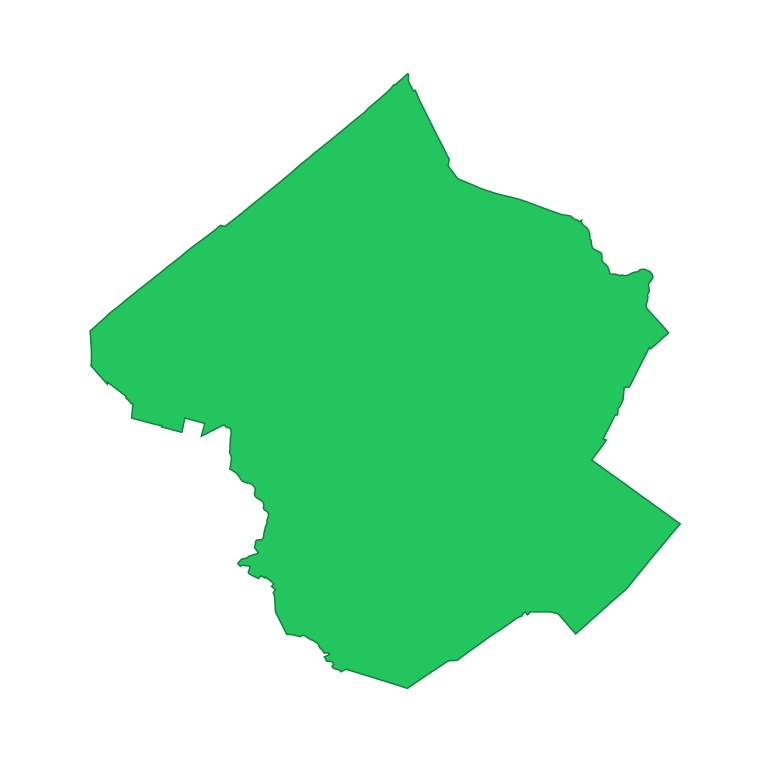 Phung Hiep, Hau Giang, Vietnam, rotated 173°
{"feature_id": "81297802B32262425524101", "entity_name": "Phung Hiep", "entity_type": "district", "adm_level": 2, "iso_a3": "VNM", "parent_name": "Vietnam", "parent_adm1": "Hau Giang", "projection": "orthographic", "projection_center": [105.705, 9.788], "detail": "fine", "context": "isolated", "style": "filled", "palette": "green", "viewbox_px": 768, "rotation_deg": 173, "n_neighbors": 0, "source": "geoboundaries", "source_scale": "gbopen_adm2", "svg_char_len": 6158}
<svg xmlns="http://www.w3.org/2000/svg" viewBox="0 0 768 768"><g transform="rotate(173 384 384)"><path d="M467.6,107.4L463.9,105.9L462.6,104.8L461.7,103.5L456.7,105.6L434.7,95.8L423.5,90.7L417.2,88.0L413.8,86.3L408.1,83.8L397.8,79.0L395.3,80.4L377.3,89.7L375.1,90.7L367.6,94.6L358.0,99.3L355.4,100.7L353.0,101.3L352.1,101.4L347.9,100.9L345.7,100.8L344.9,100.8L338.8,104.4L330.1,109.2L308.3,121.1L302.2,124.2L299.2,125.5L292.7,129.0L290.1,130.3L283.1,134.1L281.3,135.2L277.2,136.5L275.3,136.9L274.4,138.4L273.8,139.1L273.1,139.7L271.4,140.7L270.2,138.1L269.8,137.4L268.3,138.3L267.8,138.8L267.2,140.0L247.3,137.7L240.4,135.2L239.0,134.5L235.4,129.1L224.2,112.5L211.3,121.4L207.0,124.6L203.6,126.8L199.5,129.7L191.7,135.0L188.6,137.3L174.5,146.9L173.6,147.4L168.2,151.1L138.5,179.8L128.5,188.9L117.3,199.7L109.5,206.8L107.0,209.0L107.4,209.5L109.8,211.5L118.9,220.0L119.9,221.1L123.0,223.9L126.1,226.8L130.2,230.4L132.5,232.7L138.8,238.5L141.9,241.2L145.1,244.3L154.0,252.6L156.6,255.2L160.3,258.4L162.7,260.7L169.1,266.5L171.3,268.6L185.2,281.5L185.9,282.3L187.2,283.1L176.0,294.8L170.1,301.3L173.2,302.5L171.7,305.0L164.3,315.8L158.4,325.0L156.0,324.8L154.4,331.7L153.3,331.9L152.1,333.6L150.3,336.4L148.6,339.3L146.0,351.3L141.2,351.1L140.9,351.0L140.5,351.5L134.4,360.7L131.9,364.4L129.4,368.2L118.8,383.9L116.3,388.0L115.2,386.4L110.2,389.6L107.1,391.8L104.0,393.9L101.3,396.0L96.3,399.2L95.2,400.1L101.2,409.1L102.4,410.7L112.8,425.4L114.6,428.5L114.2,430.0L111.8,436.6L111.5,438.3L111.6,439.1L111.4,440.5L110.7,441.7L109.6,443.0L109.4,443.6L109.3,450.7L109.0,451.3L106.2,454.2L104.5,456.3L104.2,457.0L104.1,457.6L104.1,459.1L104.5,460.3L105.3,461.4L106.3,463.2L107.2,463.8L108.1,464.2L109.0,464.8L109.8,465.1L110.4,465.5L111.7,466.2L112.5,466.3L113.5,466.4L115.8,466.3L116.6,465.9L117.6,464.8L118.2,464.6L122.9,464.3L124.4,463.9L127.7,462.6L128.7,462.3L130.9,462.2L131.9,462.2L132.6,462.4L134.4,463.1L135.1,463.2L135.9,463.2L137.0,463.0L137.6,463.1L138.4,463.7L140.2,464.6L141.9,465.0L144.5,465.2L145.2,465.4L145.9,465.7L146.3,466.2L146.8,469.7L147.3,472.0L148.0,473.6L149.0,475.2L151.6,478.0L152.2,479.0L152.5,480.0L152.5,481.7L152.3,482.5L152.1,484.4L152.1,486.5L152.5,487.5L153.4,488.4L158.2,491.5L159.1,492.2L160.0,493.1L160.8,495.0L160.9,495.9L161.0,499.2L160.9,501.2L161.2,502.0L162.0,503.1L161.6,506.0L161.5,508.2L162.1,511.3L163.3,513.8L164.5,515.2L166.9,517.4L167.5,518.3L167.9,519.2L168.2,520.3L168.0,521.8L167.8,522.5L170.4,521.1L171.0,522.3L171.9,523.0L172.5,523.4L174.2,524.1L175.1,524.5L178.3,528.0L178.8,528.3L181.1,528.8L182.9,529.4L186.3,530.1L186.7,530.3L198.7,536.3L222.1,548.4L225.7,550.1L230.7,552.2L236.5,554.5L243.0,556.8L249.4,559.4L255.0,561.9L258.8,563.7L261.0,564.7L265.1,566.9L268.2,568.7L270.6,570.2L273.7,571.9L285.8,578.8L293.7,592.7L291.8,599.1L293.1,602.3L298.2,616.6L300.5,622.5L301.3,625.1L302.6,628.5L306.6,640.1L313.8,660.0L317.0,671.2L317.2,671.8L319.1,671.2L322.2,679.7L322.9,682.2L322.0,687.0L322.0,688.2L322.1,688.8L322.5,689.0L322.9,689.0L335.2,680.5L336.5,679.7L337.8,679.8L341.1,676.6L342.9,675.0L351.3,669.3L362.1,662.1L365.4,660.0L369.4,656.7L371.8,655.0L375.2,653.0L385.8,646.4L388.5,644.5L410.0,630.9L424.2,622.2L426.5,620.7L428.7,619.1L439.7,612.3L444.6,609.0L449.6,605.4L457.8,600.3L461.7,597.6L483.5,584.0L496.0,576.3L499.7,573.8L509.6,567.6L522.6,559.9L523.2,560.0L527.1,561.4L531.7,558.3L546.3,549.6L549.0,548.2L554.7,545.0L562.4,540.4L572.6,533.8L585.8,526.0L586.7,525.3L594.3,520.5L595.8,519.7L601.6,516.1L608.0,512.3L621.6,504.0L629.5,499.0L637.9,493.5L647.2,488.1L651.0,485.2L652.8,483.8L659.8,479.1L664.7,475.5L667.3,473.8L669.3,472.4L669.5,467.6L669.5,465.7L669.8,463.1L670.5,450.6L672.1,439.5L672.8,438.1L658.6,417.4L657.9,419.3L642.1,403.8L641.5,403.1L642.0,401.8L639.9,399.3L638.3,397.0L637.5,395.5L635.4,394.6L636.6,390.9L636.9,389.1L638.7,381.0L623.3,374.7L611.4,370.1L609.5,369.8L610.1,368.5L609.5,368.3L590.6,360.7L589.2,364.4L585.8,374.6L583.3,373.4L578.4,371.5L572.0,368.8L566.7,366.7L571.7,354.4L565.2,356.8L554.8,360.5L552.3,361.5L547.8,363.0L547.3,362.6L546.7,361.3L546.5,361.0L546.0,360.6L544.5,359.8L543.9,359.6L543.3,359.5L541.7,358.3L541.6,355.9L541.7,353.7L543.2,348.3L543.5,346.1L544.1,343.6L544.3,341.7L544.5,340.3L544.7,338.1L545.4,336.3L545.6,335.4L545.5,334.2L544.5,330.3L544.5,328.9L546.6,320.8L547.4,318.2L546.7,318.1L546.0,317.3L543.7,315.5L541.1,313.2L539.1,309.7L537.9,307.1L537.2,305.7L536.4,304.9L535.2,304.0L532.8,302.9L532.4,302.5L531.9,302.3L530.7,302.3L529.2,301.6L526.7,299.9L525.6,298.2L525.0,296.8L524.8,295.8L524.6,294.5L524.7,294.1L525.7,291.9L525.9,291.1L526.0,290.3L525.8,289.1L525.4,288.0L524.7,286.9L522.7,285.3L520.5,283.7L519.4,282.7L518.8,281.8L518.1,280.1L518.1,279.5L518.1,278.6L518.2,277.8L518.8,276.2L518.7,274.9L518.5,274.2L517.6,273.1L516.2,272.2L515.1,270.9L514.7,269.9L514.5,269.0L514.6,268.0L515.1,266.4L515.7,265.1L516.8,263.0L517.0,260.8L517.4,259.4L518.6,257.8L519.0,257.0L519.8,254.5L521.5,250.1L522.2,247.0L522.6,246.1L523.9,244.7L524.6,244.3L525.2,244.3L526.5,244.6L527.7,244.7L529.2,244.6L530.2,243.9L530.7,243.2L530.9,242.1L531.9,238.4L532.1,237.7L532.5,237.1L531.3,235.4L530.1,233.1L529.5,232.1L530.8,231.0L533.5,230.6L534.4,230.5L535.6,230.3L537.2,229.7L539.0,229.6L540.6,228.5L541.0,228.1L544.2,227.7L546.0,227.7L547.1,227.3L547.9,226.6L549.1,225.4L550.3,224.5L550.6,224.2L551.0,223.5L548.8,220.4L547.5,221.4L539.1,219.6L539.2,219.0L541.7,213.4L541.2,212.4L540.5,211.7L539.4,210.8L537.4,209.5L537.0,209.2L535.9,208.6L534.5,207.7L534.1,207.5L532.5,206.3L532.0,206.4L529.7,208.4L529.1,208.4L525.9,206.0L525.3,206.8L520.7,202.5L517.7,199.0L520.3,196.9L516.9,193.1L517.3,192.9L519.4,190.6L518.8,188.5L518.6,185.2L519.5,171.0L511.1,147.4L505.3,146.3L499.6,144.0L497.8,143.4L497.3,143.9L496.3,144.3L495.0,144.3L493.8,144.0L491.0,141.9L490.2,141.0L487.9,139.2L485.9,138.2L484.8,137.5L484.3,137.1L483.5,136.0L482.7,135.6L482.0,135.1L481.4,134.5L480.0,130.1L478.6,128.6L477.8,127.7L477.4,126.9L476.2,124.2L472.1,123.9L471.2,122.1L476.6,120.4L475.8,119.3L474.9,116.5L474.8,115.9L469.7,114.8L469.0,113.8L467.9,111.9L469.8,110.5L470.0,109.8L469.8,109.0L469.1,108.3L467.6,107.4Z" fill="#22c55e" stroke="#15803d" stroke-width="1.5"/></g></svg>